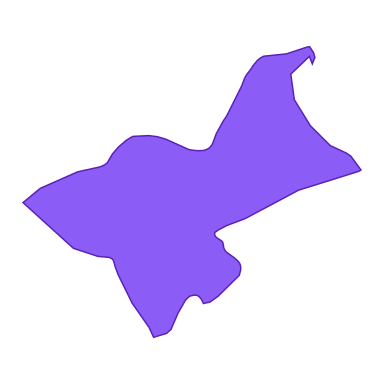 the Governorate of Manubah
{"feature_id": "TUN-102", "entity_name": "Manubah", "entity_type": "Governorate", "adm_level": 1, "iso_a3": "TUN", "parent_name": "Tunisia", "parent_adm1": "", "projection": "robinson", "projection_center": [9.985, 36.85], "detail": "fine", "context": "isolated", "style": "filled", "palette": "violet", "viewbox_px": 384, "rotation_deg": 0, "n_neighbors": 0, "source": "natural_earth", "source_scale": "10m", "svg_char_len": 1320}
<svg xmlns="http://www.w3.org/2000/svg" viewBox="0 0 384 384"><path d="M309.6,46.7L313.5,52.6L314.9,57.5L312.3,63.9L309.4,56.4L290.8,74.1L294.3,99.7L310.5,125.9L330.3,145.6L346.4,153.1L350.9,156.2L361.0,170.0L359.1,171.2L298.5,190.2L245.1,218.6L226.8,225.5L218.8,229.7L214.8,232.4L214.6,234.3L215.2,236.0L216.1,237.1L217.5,238.3L220.9,240.4L222.3,241.6L222.9,242.9L223.4,245.1L223.6,247.1L224.2,249.0L225.3,250.9L226.9,252.5L234.6,258.0L238.3,261.4L239.6,263.3L240.5,265.3L240.7,267.8L240.7,269.8L239.3,275.3L217.8,296.5L209.9,302.1L203.4,303.5L201.6,299.7L200.5,298.2L198.9,296.4L197.2,295.5L195.4,295.1L193.7,295.2L190.0,296.1L187.7,297.8L185.2,300.6L178.1,313.0L171.0,329.4L166.7,333.3L153.6,337.3L149.1,327.5L132.2,303.2L118.1,274.6L115.0,266.2L114.0,262.3L113.3,260.3L111.9,258.7L109.4,257.4L97.9,256.4L73.4,248.3L23.0,202.6L40.3,188.3L77.7,171.8L100.4,166.8L104.5,164.9L107.3,162.8L112.5,153.9L118.3,147.2L125.9,140.6L129.9,138.0L132.9,136.4L148.7,135.6L157.4,136.7L165.6,139.1L188.5,149.4L191.5,150.1L197.8,150.7L203.5,150.5L207.1,149.3L209.6,147.7L211.1,146.0L212.2,144.3L213.0,142.6L216.2,133.8L223.2,121.1L226.6,116.1L241.6,86.1L244.5,78.5L245.5,76.5L246.9,74.3L250.6,69.5L253.3,65.3L257.7,60.1L260.7,57.8L263.8,56.2L286.3,53.9L306.9,47.1L309.6,46.7Z" fill="#8b5cf6" stroke="#5b21b6" stroke-width="1.5"/></svg>